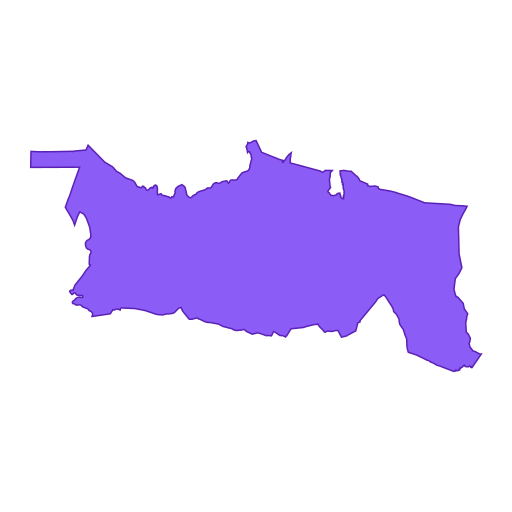 the district of Chamula, Chiapas, Mexico
{"feature_id": "50627088B50895209283285", "entity_name": "Chamula", "entity_type": "district", "adm_level": 2, "iso_a3": "MEX", "parent_name": "Mexico", "parent_adm1": "Chiapas", "projection": "orthographic", "projection_center": [-92.726, 16.817], "detail": "fine", "context": "isolated", "style": "filled", "palette": "violet", "viewbox_px": 512, "rotation_deg": 0, "n_neighbors": 0, "source": "geoboundaries", "source_scale": "gbopen_adm2", "svg_char_len": 5997}
<svg xmlns="http://www.w3.org/2000/svg" viewBox="0 0 512 512"><path d="M282.9,160.4L279.6,159.5L261.6,152.3L256.1,140.6L254.0,140.8L249.9,142.9L248.7,142.9L247.9,142.4L247.5,144.3L246.9,145.2L246.1,146.8L246.6,147.8L246.9,149.5L247.5,150.7L247.3,151.4L247.6,152.6L248.4,151.6L249.5,151.7L250.3,153.6L251.0,154.5L251.3,157.3L251.8,158.2L249.8,166.1L249.9,167.4L249.7,168.0L249.2,168.9L248.8,170.0L247.7,170.9L243.1,172.4L241.7,173.2L238.2,177.6L237.4,179.2L236.3,179.8L234.9,180.1L233.7,180.1L232.7,179.9L231.4,180.0L230.3,180.4L228.6,183.2L227.8,182.5L226.9,180.9L226.0,180.9L222.4,181.6L219.8,183.1L218.7,183.5L216.9,182.7L215.7,182.7L214.4,183.2L213.3,184.1L211.2,187.4L210.2,188.1L207.9,187.9L207.3,188.0L205.9,189.3L205.0,189.8L199.3,191.5L197.7,192.3L196.6,193.2L196.0,194.3L194.3,194.9L192.3,196.2L191.6,197.4L191.1,197.6L189.7,197.6L188.2,196.5L186.8,194.8L186.6,194.2L186.4,192.8L185.0,187.2L184.2,186.3L181.9,184.6L177.9,186.5L175.9,188.4L175.1,190.7L175.0,191.7L175.2,192.6L173.9,195.7L173.7,196.8L172.5,197.0L171.6,196.8L171.0,197.9L170.6,198.1L170.0,197.9L169.2,197.1L165.8,196.0L164.1,195.5L162.6,195.4L162.0,195.1L161.1,193.7L159.2,194.2L158.5,194.7L157.9,194.8L157.4,194.4L157.4,189.1L157.4,187.9L157.2,186.9L156.5,185.5L155.6,185.4L155.2,185.0L154.5,185.7L153.7,186.0L153.4,186.5L153.2,187.8L152.4,188.0L151.9,187.5L151.2,187.4L150.3,187.9L148.1,190.0L147.3,190.3L146.5,190.0L145.9,189.2L145.6,187.9L144.9,187.6L144.2,187.5L143.8,186.3L142.5,186.2L141.6,187.4L141.1,187.7L140.4,187.6L139.7,187.2L139.3,187.4L138.6,187.0L137.1,186.5L134.7,182.2L132.8,180.4L125.5,177.8L120.3,173.4L116.5,171.3L113.2,167.5L112.2,166.6L104.7,162.1L88.1,145.2L86.0,150.0L74.2,151.1L72.9,151.3L72.6,151.6L72.4,151.6L72.0,151.3L52.9,151.7L39.4,151.8L31.0,151.4L30.7,167.4L79.6,167.2L72.5,187.2L69.6,195.9L68.4,198.6L65.3,207.3L69.8,214.8L73.1,220.8L74.6,225.1L77.2,217.3L79.7,211.9L83.7,214.0L85.9,217.3L86.8,219.3L89.6,227.0L89.9,228.5L90.8,234.7L90.8,236.1L90.6,237.4L89.7,238.8L88.5,239.7L87.3,240.3L86.5,241.1L85.7,242.3L85.4,243.9L85.5,245.3L86.3,247.7L87.1,248.6L87.8,249.2L89.6,249.7L90.2,250.1L91.0,251.3L90.9,253.0L90.1,254.2L89.8,254.9L89.4,257.0L89.4,259.6L89.2,261.8L89.3,264.5L90.5,265.1L85.7,270.8L82.2,276.1L75.1,284.9L73.2,289.5L73.2,290.0L70.9,290.2L70.2,290.6L69.6,291.3L70.4,292.7L71.9,294.5L72.2,294.5L73.4,293.6L73.9,293.0L74.7,292.8L75.2,293.1L76.8,295.0L79.5,295.5L81.3,295.4L82.3,295.6L82.7,295.8L82.9,296.8L82.7,297.2L81.5,297.5L79.2,297.2L78.1,297.3L76.9,297.8L75.4,298.9L74.0,300.6L73.0,301.1L72.6,301.6L72.3,302.5L72.9,303.6L74.0,303.7L75.8,304.9L77.1,305.1L79.1,304.8L79.9,304.8L81.2,305.3L81.8,305.9L82.0,306.3L83.0,307.1L86.2,308.2L87.9,308.9L89.0,310.5L91.3,311.7L92.2,312.7L92.6,313.5L92.7,314.3L92.0,316.5L110.3,313.8L112.9,309.7L113.9,310.1L116.6,309.0L118.6,309.3L120.1,310.1L120.4,308.9L121.3,307.9L135.1,308.6L144.9,310.5L156.3,314.3L158.6,314.7L162.8,314.9L166.6,313.9L168.7,313.9L172.5,313.4L174.4,312.6L178.7,308.2L181.1,307.5L182.3,310.5L184.2,313.1L189.2,319.2L191.8,319.3L196.7,318.0L197.5,318.0L198.5,319.0L199.6,319.1L204.6,321.6L207.4,322.4L211.3,322.7L218.5,324.1L223.1,326.5L232.1,328.8L233.3,329.7L235.4,330.4L237.3,330.5L239.6,330.1L241.6,330.1L242.4,329.7L244.2,329.5L246.5,331.5L252.3,334.2L257.7,332.8L261.7,334.0L266.3,335.7L268.8,335.5L271.2,335.9L271.9,335.1L273.2,332.2L274.0,331.5L279.9,335.5L282.5,335.6L285.0,336.6L285.6,337.0L286.4,335.8L286.7,335.8L291.0,328.8L303.3,327.5L306.8,326.4L314.0,324.6L316.5,324.4L317.9,324.0L318.2,324.9L319.8,327.0L322.8,329.9L324.4,332.0L324.8,332.2L325.4,332.1L327.0,331.2L327.9,331.1L332.0,331.5L335.3,330.6L337.9,330.4L341.5,337.2L347.0,335.8L347.6,335.2L355.8,330.9L357.8,322.8L360.0,322.0L360.1,320.4L360.4,320.2L375.5,302.0L377.9,298.5L382.9,295.3L383.9,294.9L385.5,296.5L391.0,305.1L391.4,305.5L393.2,309.0L393.5,310.9L394.0,312.0L396.4,314.2L397.9,316.9L399.1,319.5L399.3,322.3L399.8,324.3L401.7,327.3L403.4,329.6L405.0,335.0L406.3,338.0L406.7,339.4L406.9,345.8L407.3,348.6L408.3,352.3L416.5,355.0L422.1,357.7L427.5,360.4L428.9,360.6L430.8,362.2L431.7,362.4L433.6,363.2L436.6,365.1L439.4,365.9L453.7,371.4L455.6,371.0L455.7,370.1L455.9,369.9L456.6,370.7L458.1,370.6L459.8,369.9L459.9,368.9L459.5,368.5L459.6,368.4L460.3,367.9L460.7,368.1L462.2,367.1L462.3,367.1L463.3,366.0L464.2,365.5L464.3,365.2L464.5,365.3L464.5,365.9L466.1,366.7L467.7,366.8L468.6,366.7L469.4,366.1L470.9,366.4L470.7,367.3L471.5,367.6L472.0,367.6L481.3,354.0L479.8,354.0L475.0,351.5L472.6,350.7L472.1,349.7L469.9,346.8L469.1,343.3L469.7,342.2L470.4,338.4L468.1,333.8L466.3,332.1L465.7,322.8L466.6,318.7L466.7,316.8L467.7,313.7L464.3,308.9L463.2,303.4L457.8,297.1L456.0,296.6L456.0,296.0L455.3,294.5L454.1,289.8L454.0,289.1L455.3,278.7L459.1,273.4L461.9,267.7L459.1,254.0L458.4,226.9L460.3,219.4L463.1,213.7L465.3,209.8L467.1,206.3L462.8,205.8L455.3,205.5L450.1,204.3L424.5,202.8L411.6,197.6L406.2,195.7L398.5,193.4L395.3,192.3L390.0,191.0L379.3,189.2L379.1,188.7L378.4,188.3L378.1,186.9L375.3,186.0L373.9,186.0L373.3,186.2L370.3,186.4L367.7,185.7L367.7,184.1L360.0,180.8L359.7,180.5L358.8,178.5L357.2,176.5L355.8,175.5L351.1,171.2L349.5,171.3L343.8,170.4L340.0,170.9L340.4,173.8L340.2,173.9L340.3,175.0L340.6,175.0L341.3,178.2L341.9,179.0L341.7,179.8L342.1,180.3L341.9,180.8L342.1,181.4L341.8,182.1L342.9,182.9L342.9,183.2L342.5,183.8L342.4,184.2L342.8,185.0L343.2,184.9L343.2,188.0L344.2,191.3L344.0,192.4L344.3,193.8L343.8,194.7L343.9,196.9L343.3,195.6L343.3,196.9L343.7,198.2L343.7,198.5L343.2,198.9L341.4,197.9L340.7,197.0L340.8,196.1L340.4,196.0L340.3,195.7L340.3,194.7L340.0,194.4L339.9,193.1L338.5,193.2L337.1,193.7L336.1,195.0L333.0,195.7L331.7,195.3L330.9,195.3L329.8,193.9L329.6,193.2L327.8,191.7L328.7,189.8L330.6,187.6L330.1,186.5L329.4,179.2L330.2,176.5L330.2,174.1L330.5,172.5L332.3,170.5L325.2,170.4L322.8,172.4L320.2,171.0L290.2,162.9L290.3,158.8L290.8,156.0L290.9,154.2L291.2,152.8L289.0,154.5L286.7,157.3L285.0,160.0L284.0,161.0L282.4,163.0L282.9,160.4Z" fill="#8b5cf6" stroke="#5b21b6" stroke-width="1.5"/></svg>